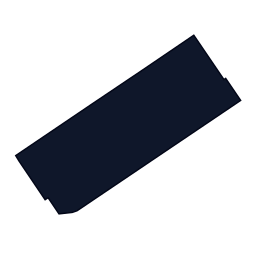 outline of Swift, Minnesota, United States of America, rotated 326°
{"feature_id": "52423323B6622975952869", "entity_name": "Swift", "entity_type": "district", "adm_level": 2, "iso_a3": "USA", "parent_name": "United States of America", "parent_adm1": "Minnesota", "projection": "robinson", "projection_center": [-95.787, 45.282], "detail": "fine", "context": "isolated", "style": "filled", "palette": "ink", "viewbox_px": 256, "rotation_deg": 326, "n_neighbors": 0, "source": "geoboundaries", "source_scale": "gbopen_adm2", "svg_char_len": 325}
<svg xmlns="http://www.w3.org/2000/svg" viewBox="0 0 256 256"><g transform="rotate(326 128 128)"><path d="M19.5,88.1L19.2,94.4L19.2,141.1L22.8,141.1L22.8,160.6L34.6,166.8L39.5,168.1L236.8,168.1L236.7,141.5L234.6,141.5L234.4,87.9L173.3,88.1L111.7,88.0L19.5,88.1Z" fill="#0f172a" stroke="#020617" stroke-width="1.5"/></g></svg>